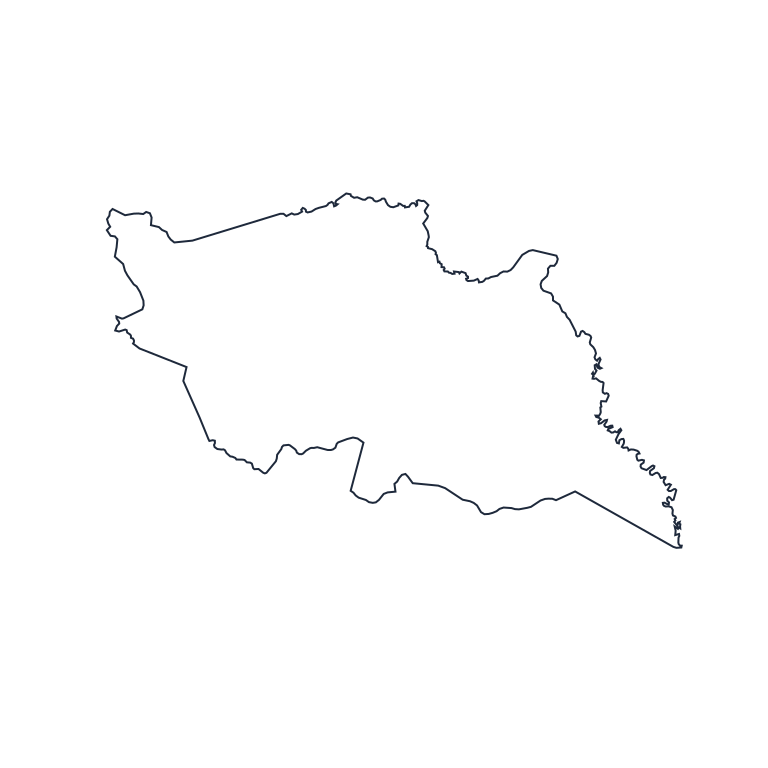 the district of Careiro, Amazonas, Brazil, rotated 246°
{"feature_id": "56859067B42017878754183", "entity_name": "Careiro", "entity_type": "district", "adm_level": 2, "iso_a3": "BRA", "parent_name": "Brazil", "parent_adm1": "Amazonas", "projection": "mercator", "projection_center": [-60.25, -3.748], "detail": "fine", "context": "isolated", "style": "outline", "palette": "slate", "viewbox_px": 768, "rotation_deg": 246, "n_neighbors": 0, "source": "geoboundaries", "source_scale": "gbopen_adm2", "svg_char_len": 6167}
<svg xmlns="http://www.w3.org/2000/svg" viewBox="0 0 768 768"><g transform="rotate(246 384 384)"><path d="M598.6,250.0L602.7,247.9L606.5,247.0L611.3,247.2L615.0,243.9L618.9,242.2L623.9,235.7L630.6,239.4L635.2,239.6L637.9,236.7L637.2,233.2L639.7,228.9L641.4,224.7L643.5,216.1L654.3,207.2L652.8,203.6L649.5,201.6L647.2,198.0L642.7,197.4L639.0,197.8L637.3,193.4L630.6,194.5L628.3,198.2L624.7,199.3L617.6,195.3L609.8,189.9L599.7,194.5L592.8,193.4L587.6,193.8L576.8,195.9L573.7,197.7L567.1,198.5L558.0,198.1L553.6,196.4L550.5,193.6L549.9,172.8L550.3,171.2L554.5,167.0L552.5,166.4L548.5,167.2L546.9,166.7L545.6,163.6L542.2,160.2L539.7,163.3L539.0,169.7L537.9,170.8L535.5,170.3L532.3,172.3L530.8,172.4L529.1,171.6L527.5,173.2L525.5,173.3L524.0,172.6L523.0,171.2L515.9,175.1L479.8,210.5L468.4,201.9L428.2,201.9L405.0,201.2L403.0,201.3L402.3,204.7L401.0,206.4L398.8,205.5L397.4,203.9L395.3,203.6L392.4,205.3L390.2,208.9L389.5,210.9L388.1,211.8L385.0,212.0L380.4,214.1L379.2,216.0L376.9,218.1L375.0,218.5L372.3,224.3L371.3,225.7L368.2,226.9L366.6,229.8L365.0,230.9L360.3,230.3L358.9,230.9L357.4,234.8L352.0,237.6L350.8,238.8L350.7,240.5L357.4,253.8L359.5,255.7L362.8,257.6L366.3,263.7L368.0,265.2L368.8,267.2L367.2,272.1L366.2,273.1L360.8,276.1L358.9,276.7L356.8,276.5L354.4,278.0L353.4,280.2L353.4,281.8L354.8,285.5L355.4,290.4L355.1,291.9L354.1,293.9L353.4,297.3L346.7,305.6L345.3,308.6L345.0,310.7L345.6,313.7L348.6,316.5L349.3,318.4L348.7,328.0L347.7,333.9L345.0,337.7L338.8,341.4L300.0,310.1L297.1,311.9L293.7,312.8L290.5,314.6L285.4,320.3L282.2,322.2L280.0,325.4L279.2,328.4L280.2,332.3L283.7,339.0L283.5,343.2L281.0,350.7L288.5,352.9L289.5,356.3L292.0,359.7L293.7,363.4L293.1,367.0L289.6,368.2L281.7,369.9L269.1,392.2L264.0,397.5L246.3,408.8L241.9,414.9L238.9,417.6L235.2,419.6L227.5,420.5L224.2,422.8L222.7,426.8L222.1,430.9L222.0,435.1L222.9,438.7L222.5,443.0L218.8,450.0L216.4,452.8L214.6,456.3L212.6,464.6L212.0,468.3L213.9,479.6L213.5,484.4L212.4,487.5L210.7,491.1L207.9,493.9L208.1,514.9L117.5,582.1L115.4,584.5L113.7,589.1L115.2,590.2L115.9,588.7L117.9,588.1L119.4,588.4L123.9,590.6L125.1,592.0L127.0,592.5L127.5,588.6L131.4,590.8L135.6,591.6L132.1,593.6L133.1,594.9L131.6,595.9L133.4,596.5L135.3,597.7L136.5,596.9L137.7,598.0L137.8,596.1L135.0,594.3L140.0,593.0L140.8,594.7L142.4,594.6L142.9,596.3L144.4,596.3L146.4,594.5L148.3,594.8L151.4,596.6L154.5,596.5L156.5,594.2L157.5,591.5L158.7,590.3L160.2,589.9L162.0,590.4L161.5,592.0L159.2,593.8L158.3,595.2L159.9,596.2L162.2,595.3L164.4,596.2L165.0,598.2L163.8,599.1L160.7,599.9L160.5,601.5L168.1,607.8L169.4,607.4L170.0,606.2L169.6,602.5L170.3,600.8L172.0,600.1L175.3,605.1L176.8,603.9L177.0,600.1L180.8,599.6L182.7,600.9L183.2,602.4L184.4,603.2L185.2,601.8L185.0,600.4L185.6,598.6L189.8,598.6L191.8,597.6L192.2,595.9L191.7,592.1L193.0,590.6L194.7,590.7L196.3,591.7L197.3,596.3L198.9,597.6L200.1,596.6L200.1,595.2L198.6,588.8L202.3,585.0L204.2,584.8L205.9,585.8L206.6,589.2L208.5,590.4L209.8,588.8L210.5,585.2L211.8,584.6L215.2,585.2L216.6,586.0L217.0,587.3L216.6,589.1L218.6,589.0L220.1,588.1L222.5,585.4L223.8,582.9L223.8,580.4L225.5,580.8L227.2,580.3L228.3,576.7L229.8,575.7L231.9,578.6L233.1,579.5L234.7,580.3L236.5,580.3L237.1,578.5L236.9,576.2L234.2,574.4L235.4,572.9L238.8,573.1L242.8,577.8L245.2,582.0L246.9,581.8L246.3,579.6L244.9,577.9L245.5,576.6L246.8,575.8L246.5,573.6L247.1,572.0L249.2,570.9L250.6,569.5L251.7,570.6L251.6,575.3L253.1,575.6L253.7,574.1L253.7,570.8L254.5,569.3L255.7,568.5L257.1,568.6L259.1,572.0L260.5,573.1L261.0,570.7L259.9,566.4L260.3,564.1L262.5,564.7L263.6,567.7L265.9,566.5L267.5,564.5L269.1,564.4L267.6,567.6L269.0,569.6L270.2,570.6L274.6,572.1L274.9,573.4L278.4,574.2L280.0,575.5L277.7,579.8L281.9,584.5L283.8,584.7L285.1,583.6L285.2,581.8L287.3,580.5L289.4,581.2L295.6,585.0L297.0,584.5L297.7,583.1L299.3,581.8L302.9,580.0L303.3,578.0L304.1,576.7L307.2,579.0L307.6,580.7L309.8,583.6L312.0,582.9L315.4,584.1L315.6,586.0L312.1,585.7L310.1,587.4L310.1,589.0L311.8,587.7L313.7,587.7L315.0,588.1L318.3,591.8L320.1,591.7L319.6,589.7L318.6,588.1L320.6,587.1L322.8,587.2L325.7,590.1L329.3,590.6L332.5,590.2L336.3,588.6L338.3,588.9L342.2,592.2L343.9,592.2L345.7,591.2L347.9,588.4L349.9,588.1L351.7,587.0L351.7,585.3L348.5,582.1L348.7,580.2L350.3,579.4L353.9,580.4L367.2,579.7L370.9,578.4L374.8,578.5L377.8,576.4L385.2,576.5L391.6,572.4L395.1,573.9L398.8,573.5L404.4,567.6L407.8,566.7L411.4,567.6L414.0,570.1L416.3,576.9L419.2,579.4L422.7,580.7L424.3,584.1L422.7,587.7L424.5,591.0L427.5,593.6L431.1,593.7L445.8,574.4L446.6,570.6L445.7,562.8L438.0,549.5L436.6,546.0L436.5,542.4L438.2,538.9L438.0,535.2L436.8,531.7L438.2,525.3L438.0,522.2L438.9,519.9L437.6,517.3L437.3,515.4L438.2,512.1L440.1,512.6L441.9,512.2L441.9,508.1L443.9,502.6L445.4,501.6L446.8,501.8L446.6,503.8L447.9,504.4L449.6,503.3L452.1,503.6L455.2,500.4L454.3,497.9L455.8,497.9L458.3,493.7L456.1,493.3L456.8,491.1L458.4,490.0L459.3,488.6L460.8,488.1L462.3,485.0L463.9,484.9L464.7,486.3L466.2,486.3L467.4,484.1L470.0,485.4L471.6,484.2L473.2,484.4L473.3,482.9L480.2,484.7L481.6,483.9L482.7,484.8L484.4,484.9L487.6,482.8L490.2,479.5L491.4,479.9L492.6,479.0L493.8,480.3L496.3,481.4L499.9,484.7L501.6,485.2L505.8,486.1L514.7,485.1L518.0,491.1L519.6,492.5L523.8,491.4L525.7,491.7L529.4,497.3L534.3,495.4L535.3,494.6L535.7,493.0L538.0,490.3L537.7,488.0L535.7,487.9L534.0,487.1L533.6,485.7L535.3,485.8L536.9,485.1L537.8,483.1L537.2,481.1L535.7,479.0L536.8,475.0L538.3,475.4L538.9,473.9L542.0,472.1L542.9,470.7L541.3,469.7L541.7,464.4L543.3,461.9L545.8,460.4L549.8,459.9L551.9,460.1L553.4,459.5L554.1,457.5L553.5,455.8L553.6,452.1L554.2,450.6L555.9,449.4L558.1,449.1L560.1,447.1L560.8,445.1L560.0,441.7L561.0,439.7L565.5,435.5L566.3,432.4L569.3,430.3L570.9,430.6L573.4,427.0L571.0,415.0L569.7,413.5L568.1,413.3L567.1,414.7L566.5,412.6L566.6,410.7L569.6,411.3L571.6,410.3L571.6,406.8L570.6,405.3L570.2,403.3L571.4,396.3L571.7,392.7L571.0,387.9L571.8,384.0L573.2,382.8L574.8,383.4L576.5,382.7L577.9,381.4L576.8,379.2L574.8,379.3L574.3,374.4L575.3,370.9L577.4,369.1L577.1,363.1L580.4,361.4L581.7,358.4L592.9,267.3L598.6,250.0ZM307.2,579.0L308.7,578.2L309.5,579.5L307.2,579.0Z" fill="none" stroke="#1e293b" stroke-width="2"/></g></svg>